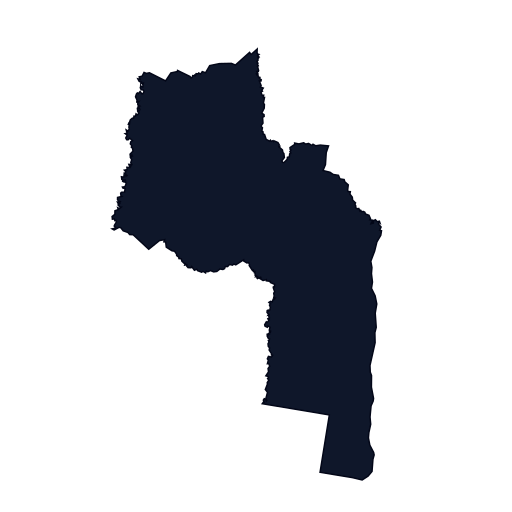 the district of Uruguay, Entre Ríos, Argentina, rotated 9°
{"feature_id": "61730980B11587085710178", "entity_name": "Uruguay", "entity_type": "district", "adm_level": 2, "iso_a3": "ARG", "parent_name": "Argentina", "parent_adm1": "Entre Ríos", "projection": "equal_earth", "projection_center": [-58.63, -32.497], "detail": "fine", "context": "isolated", "style": "filled", "palette": "ink", "viewbox_px": 512, "rotation_deg": 9, "n_neighbors": 0, "source": "geoboundaries", "source_scale": "gbopen_adm2", "svg_char_len": 6101}
<svg xmlns="http://www.w3.org/2000/svg" viewBox="0 0 512 512"><g transform="rotate(9 256 256)"><path d="M376.0,211.4L374.1,211.2L375.0,207.8L372.0,205.3L372.2,203.3L373.2,203.9L372.4,202.3L370.3,203.1L368.2,201.5L366.4,203.0L366.7,205.0L365.8,204.8L365.9,205.6L364.5,206.2L365.5,202.4L362.7,202.4L363.2,201.2L361.2,198.1L357.4,197.3L356.7,195.8L355.2,195.2L353.3,195.7L352.3,194.5L351.6,195.3L350.1,193.0L348.6,193.5L346.7,192.6L346.8,191.1L345.5,189.2L346.0,188.0L342.7,185.7L341.9,182.8L339.1,180.2L339.1,177.7L336.9,178.0L336.2,176.5L336.0,171.3L332.1,168.8L331.1,166.7L326.8,166.7L324.8,163.4L319.5,163.4L316.0,161.7L308.8,161.1L310.3,154.9L309.2,142.9L310.4,135.9L302.1,136.4L297.7,137.8L294.8,136.7L294.0,138.1L290.3,136.6L287.5,137.7L285.4,136.7L280.8,138.6L276.5,138.4L276.8,139.7L272.6,143.6L273.1,145.4L274.1,145.8L273.2,147.6L274.3,148.8L273.3,149.8L273.4,152.9L271.6,153.6L271.7,155.6L269.0,159.4L267.5,159.3L266.7,157.9L268.6,154.3L267.5,150.4L266.4,149.6L265.5,147.1L262.1,144.9L262.3,144.1L261.5,144.4L261.5,142.4L259.9,140.5L256.1,139.5L255.4,140.2L254.8,139.4L253.2,140.4L252.1,139.4L251.6,140.5L247.8,139.2L245.4,134.6L244.1,134.7L243.4,132.1L242.2,131.7L242.3,128.3L241.0,127.4L240.9,126.0L242.1,123.7L240.8,118.0L242.2,116.9L241.8,115.1L239.3,114.0L241.0,108.7L240.6,105.0L239.4,103.8L239.6,98.1L238.4,98.3L238.4,96.0L237.0,96.4L235.2,93.4L236.6,92.2L235.8,91.4L236.9,89.0L233.9,88.4L234.4,86.8L231.9,82.6L233.5,82.4L233.6,81.1L231.6,80.1L231.9,79.0L230.2,78.8L229.4,76.1L228.4,76.9L227.8,76.0L229.1,75.3L227.9,73.7L229.4,73.4L229.6,72.5L227.8,68.4L228.5,67.8L227.2,66.1L227.8,65.3L226.5,63.7L227.4,62.2L226.9,60.9L227.5,60.0L226.7,59.4L227.7,58.9L226.2,57.8L227.3,56.5L226.1,56.4L225.2,54.9L224.8,51.4L219.6,57.8L217.8,55.9L205.8,70.6L201.5,69.6L189.8,71.7L180.5,75.2L177.5,82.9L174.1,82.3L172.9,84.9L170.8,84.2L170.6,85.0L168.3,85.3L168.4,86.4L167.3,86.7L167.6,87.5L165.3,87.7L165.1,89.4L164.0,90.3L162.7,89.0L149.5,85.0L149.5,86.1L143.3,88.5L139.3,97.2L122.1,91.7L119.1,92.8L116.7,92.2L115.4,96.2L112.6,97.3L113.9,99.7L111.6,99.5L113.2,101.7L115.2,102.3L115.3,103.7L116.0,102.4L116.9,103.8L117.7,103.1L117.7,106.8L115.6,106.1L115.4,107.9L116.5,109.7L118.7,109.7L119.7,110.9L118.9,113.5L117.8,113.6L115.8,111.7L114.3,114.1L113.3,113.5L112.6,114.6L112.1,117.6L114.1,120.6L114.2,122.5L116.1,121.8L115.3,123.2L115.6,125.0L117.7,126.0L116.2,126.6L117.5,128.3L116.2,127.9L115.7,128.6L116.5,131.3L118.1,130.5L117.8,132.1L117.0,132.1L118.0,133.4L116.7,135.2L115.3,134.4L115.1,136.8L113.6,136.9L113.6,139.1L112.3,139.2L110.6,141.2L110.1,144.0L111.0,144.8L109.7,144.4L109.3,146.0L110.4,146.2L110.3,148.6L111.0,150.4L110.0,152.6L108.1,151.8L109.5,154.9L107.7,155.6L109.9,156.7L108.9,159.8L110.1,161.4L111.5,161.2L112.9,159.4L116.0,161.4L114.5,162.7L114.3,164.9L116.2,166.6L115.8,168.0L117.2,168.9L118.1,171.7L115.7,175.1L116.2,176.9L117.7,175.6L118.4,176.7L116.6,178.4L118.2,180.3L117.7,183.2L119.0,185.0L116.1,185.4L117.2,187.3L118.4,186.3L117.9,188.3L114.6,188.6L115.3,190.8L112.6,191.8L114.3,193.1L113.5,194.6L116.1,196.7L115.2,197.5L114.8,196.0L113.5,197.0L113.0,196.2L113.1,198.8L110.7,198.8L111.5,201.4L112.7,201.8L112.6,203.1L113.5,203.4L114.1,201.4L115.0,201.4L115.6,202.8L114.6,203.4L116.6,204.3L115.7,208.1L113.3,208.8L113.9,209.7L116.2,209.9L116.2,213.5L113.2,214.1L112.5,215.1L113.1,217.3L114.3,218.1L110.1,219.8L110.4,222.0L111.8,223.4L113.5,223.5L113.2,224.3L110.7,224.4L111.7,225.8L112.9,225.8L111.8,227.2L113.9,228.8L115.3,228.8L113.7,230.6L111.9,230.0L112.7,231.7L109.6,233.4L110.1,236.9L107.7,239.5L108.4,242.1L110.2,241.5L111.1,243.2L112.2,242.8L112.8,244.2L111.3,248.0L111.5,249.0L112.8,249.5L112.1,250.8L109.7,251.7L111.8,252.5L116.3,249.1L118.0,249.2L120.9,251.9L125.9,252.8L127.9,254.6L131.3,254.2L149.0,266.1L158.2,255.9L163.2,254.1L162.8,256.4L164.6,256.3L166.0,261.3L172.2,264.0L174.8,264.0L177.3,266.6L177.6,268.0L179.9,269.2L180.3,270.6L182.7,270.5L183.6,272.7L186.5,274.7L187.5,274.5L187.1,276.1L189.0,275.4L189.1,276.7L190.7,278.1L193.6,277.8L194.1,276.5L197.4,279.7L199.6,278.3L200.6,279.6L204.9,280.5L206.0,279.4L208.9,280.6L209.2,278.6L210.9,279.1L213.3,277.5L216.7,278.3L219.7,277.4L222.4,274.5L225.4,274.5L226.9,273.4L227.3,271.2L229.6,270.9L231.2,268.5L234.2,268.7L235.4,267.4L237.4,267.9L244.4,261.7L244.7,262.9L248.1,264.3L249.7,263.7L250.9,265.4L250.8,266.5L254.8,270.9L255.6,270.3L256.0,271.6L257.4,271.5L257.0,272.8L258.0,273.2L258.1,275.1L259.5,275.5L258.9,276.5L260.1,276.3L260.3,277.2L261.0,276.6L261.2,277.9L263.9,276.2L264.3,276.9L263.5,277.7L266.8,279.1L269.9,277.7L270.1,278.9L274.2,278.8L274.3,279.9L278.8,281.1L279.0,283.6L278.0,283.8L278.0,284.6L280.1,288.5L279.3,289.9L280.2,292.6L280.0,294.6L281.6,294.5L280.9,295.9L279.7,296.2L279.3,298.7L277.5,298.5L276.0,299.8L277.8,301.0L277.0,302.4L278.2,304.3L278.1,307.1L277.1,308.3L276.5,307.5L275.6,308.1L275.7,310.0L277.6,311.6L277.2,312.5L278.1,312.1L278.0,313.4L278.9,314.9L277.5,316.1L278.1,316.8L278.7,316.1L279.2,317.1L277.4,319.9L276.5,319.4L275.3,322.5L275.9,323.9L278.3,324.6L278.6,323.2L281.0,324.2L280.7,327.0L282.2,327.8L282.1,329.0L281.2,328.6L281.5,329.9L280.4,330.7L281.1,331.3L279.4,331.7L280.2,332.6L279.5,333.2L281.1,335.5L282.3,335.8L282.2,337.4L281.5,337.6L282.3,338.9L281.6,340.8L282.3,343.4L283.8,344.6L283.7,346.8L286.6,350.0L286.7,351.3L287.9,351.5L287.1,353.4L284.0,353.2L283.3,355.8L284.5,356.9L284.1,360.6L285.4,360.3L286.8,362.7L285.5,365.2L286.5,368.4L284.5,372.8L286.9,373.1L287.3,374.1L286.6,375.2L288.1,376.7L286.9,379.2L287.3,380.9L286.1,386.4L288.7,388.8L288.1,394.6L289.3,397.1L288.9,397.8L287.7,395.9L286.5,395.6L285.8,397.2L286.9,399.1L286.2,399.1L285.3,400.9L353.3,401.5L353.1,459.6L386.0,459.8L395.9,460.6L401.1,455.9L404.3,450.6L403.3,438.4L403.8,434.0L402.9,431.6L398.0,425.0L395.5,418.1L395.1,412.8L395.6,404.2L393.8,397.2L393.1,386.0L394.4,381.0L394.4,378.3L390.5,367.5L388.8,356.0L387.0,352.8L385.7,346.3L387.2,323.0L385.4,313.1L385.9,307.7L382.7,293.8L382.8,284.5L379.9,276.7L375.1,269.9L375.1,263.5L372.8,255.4L372.3,249.3L370.2,243.2L372.4,232.6L373.2,223.2L376.0,216.0L376.0,211.4Z" fill="#0f172a" stroke="#020617" stroke-width="1.5"/></g></svg>